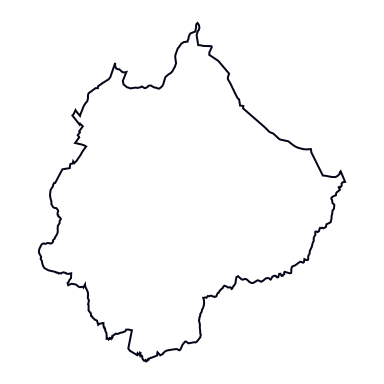 the district of Juchique de Ferrer, Veracruz, Mexico
{"feature_id": "50627088B55369972555828", "entity_name": "Juchique de Ferrer", "entity_type": "district", "adm_level": 2, "iso_a3": "MEX", "parent_name": "Mexico", "parent_adm1": "Veracruz", "projection": "equal_earth", "projection_center": [-96.665, 19.824], "detail": "fine", "context": "isolated", "style": "outline", "palette": "ink", "viewbox_px": 384, "rotation_deg": 0, "n_neighbors": 0, "source": "geoboundaries", "source_scale": "gbopen_adm2", "svg_char_len": 5891}
<svg xmlns="http://www.w3.org/2000/svg" viewBox="0 0 384 384"><path d="M345.1,181.9L340.7,171.3L339.8,172.4L339.5,174.2L337.4,176.0L335.4,177.1L331.3,176.9L325.7,175.8L322.8,175.5L311.4,152.5L310.9,149.1L306.1,149.4L303.1,149.1L297.9,147.7L295.3,146.5L293.0,145.0L288.3,141.3L280.5,139.6L279.3,139.1L273.4,133.6L269.5,132.0L264.7,127.2L243.1,108.4L243.3,106.0L240.1,105.6L239.1,99.4L237.8,98.4L235.8,94.8L230.6,83.9L227.9,79.1L227.9,77.1L229.1,73.6L218.3,60.9L209.3,54.9L209.4,52.3L211.8,47.1L211.4,46.2L202.9,45.9L200.9,45.3L198.2,45.1L196.6,35.0L197.9,31.0L198.8,30.0L199.4,27.8L199.0,25.4L198.4,24.2L197.5,23.0L196.4,24.1L196.0,25.9L196.1,27.3L195.3,31.5L190.5,33.4L189.4,35.1L188.8,36.7L188.4,39.1L187.4,41.2L187.5,41.6L183.8,42.1L181.3,43.7L178.6,47.6L177.8,48.3L175.5,54.6L175.2,56.5L175.5,59.5L176.1,63.1L174.8,67.1L174.1,68.0L172.9,70.5L171.2,72.7L168.5,74.4L165.6,76.9L165.1,77.9L163.4,83.8L162.5,85.8L161.0,87.3L159.4,88.5L158.1,88.5L154.9,87.4L154.2,87.5L150.8,85.5L148.4,85.8L147.5,87.0L145.7,88.0L144.6,88.1L141.8,86.5L140.8,87.2L137.5,87.9L135.5,87.6L130.7,88.4L126.9,87.2L123.6,84.5L122.8,80.9L126.4,72.0L124.5,72.4L122.5,72.2L119.3,69.3L117.7,69.2L116.1,68.4L115.1,65.9L115.2,62.9L110.3,77.2L108.5,79.4L103.0,82.8L98.0,86.3L97.9,88.1L95.6,88.1L88.7,93.2L88.1,94.6L87.9,96.6L88.0,98.2L87.3,101.1L84.9,104.1L83.1,107.3L82.5,109.3L80.5,114.1L80.0,115.9L75.8,110.8L75.5,110.2L73.7,114.0L72.4,115.5L79.6,124.7L80.1,123.7L82.8,126.3L79.2,131.3L80.0,132.3L77.7,135.1L78.9,136.7L78.8,137.0L79.2,137.4L75.1,143.0L81.7,144.5L84.2,145.4L86.2,146.5L83.4,150.2L81.5,153.2L80.9,154.5L76.5,160.9L74.3,163.1L73.2,161.4L72.8,163.5L70.5,163.9L70.0,165.7L69.8,168.1L62.4,169.3L55.2,182.9L54.3,182.8L53.3,184.3L52.8,186.6L51.2,188.9L50.5,190.4L50.0,195.1L50.4,198.0L51.4,201.5L51.4,204.2L53.0,207.0L54.4,207.9L56.3,208.1L57.4,209.4L58.2,210.9L58.2,211.6L57.7,212.4L57.5,213.7L57.6,214.8L58.3,215.2L58.3,216.4L59.6,217.2L60.8,218.6L60.7,219.5L60.0,220.3L59.6,221.4L59.6,223.1L57.9,225.7L57.6,228.7L57.8,230.9L57.6,232.6L57.2,233.8L55.8,236.4L55.1,237.1L54.7,238.6L53.4,239.8L53.0,240.4L53.1,241.2L52.9,242.0L51.5,243.4L49.9,243.5L49.1,243.1L47.5,243.0L45.6,243.9L44.1,243.5L42.3,243.8L41.2,245.1L39.5,248.6L38.9,251.1L39.1,253.1L40.4,255.4L41.2,257.2L40.6,258.8L41.8,260.8L42.4,264.0L43.6,267.0L44.6,268.2L48.4,270.3L55.7,272.0L56.3,272.7L56.9,272.5L57.9,272.8L58.7,273.5L59.2,273.1L61.2,273.4L62.8,272.4L64.0,272.4L64.7,272.8L65.8,272.9L66.5,273.7L67.2,273.8L68.6,273.9L71.2,273.3L71.0,278.1L69.7,279.6L68.5,282.1L67.6,282.9L68.2,285.2L70.8,284.0L71.9,283.8L73.6,284.1L75.8,284.5L79.0,286.9L80.1,287.2L80.6,287.0L83.0,286.8L83.4,287.5L85.0,284.5L85.1,285.9L85.9,288.0L87.3,290.8L87.9,292.5L88.1,295.0L87.8,297.4L87.9,298.2L88.9,300.2L88.4,303.6L88.0,304.2L88.6,305.2L88.6,310.5L90.8,313.4L91.2,316.2L91.9,316.3L93.0,318.0L94.2,318.9L94.6,319.6L95.2,319.7L97.0,320.7L98.2,324.8L99.3,323.8L103.4,323.0L103.5,325.9L104.4,327.4L104.0,327.6L104.9,329.3L105.1,329.2L105.4,331.0L106.5,333.3L106.7,337.8L106.6,338.9L107.0,338.9L107.5,337.5L107.6,338.2L108.4,338.7L108.7,339.5L109.1,339.2L109.7,338.2L110.6,338.8L110.6,338.1L111.7,338.4L111.9,337.6L112.3,338.5L112.4,337.1L113.0,335.6L115.7,333.7L116.3,333.9L118.1,333.8L120.3,332.8L122.8,332.3L125.5,331.1L126.0,329.7L128.1,329.5L131.9,330.3L128.3,348.4L129.8,350.7L137.1,355.1L137.5,353.6L137.8,354.1L138.7,354.6L139.2,354.0L139.8,352.6L140.5,353.0L140.1,353.6L139.9,353.2L139.5,353.8L140.4,354.6L140.1,355.0L140.4,356.1L141.2,355.3L142.2,356.2L142.3,357.7L142.6,359.0L144.1,360.8L145.3,360.8L145.6,360.1L146.5,360.8L146.7,360.4L147.2,360.3L147.0,361.0L147.2,360.9L147.8,359.5L148.2,359.0L148.8,359.5L149.4,358.5L150.4,357.9L151.1,357.9L157.2,355.5L157.2,353.6L157.5,352.3L160.3,355.3L162.8,354.0L163.2,353.0L164.1,352.5L164.9,351.5L167.3,350.4L174.7,349.2L176.4,349.1L177.2,349.1L178.6,350.1L179.2,350.3L180.4,349.6L182.6,344.6L185.0,341.7L185.8,341.5L188.5,343.3L194.5,342.2L195.5,342.4L196.7,341.8L200.2,337.4L200.8,334.9L200.2,333.1L200.2,331.0L199.8,327.6L199.9,324.4L198.9,320.1L199.5,318.7L199.4,317.3L200.2,316.1L200.2,314.2L201.6,311.9L202.1,309.6L203.1,307.8L203.9,304.9L204.1,303.2L204.0,300.6L203.2,297.8L205.7,297.5L206.4,297.8L207.9,296.0L209.1,296.3L210.5,295.7L211.9,295.9L212.8,296.5L214.1,296.6L214.4,297.0L216.4,296.3L216.7,295.3L217.7,293.1L218.5,292.5L218.8,292.6L219.5,291.0L220.4,290.2L220.9,289.4L222.7,288.1L222.9,287.3L224.3,285.7L227.2,286.8L227.9,287.5L230.4,287.3L231.2,288.0L231.6,289.0L231.9,288.9L233.5,286.0L234.5,285.0L234.5,284.8L235.5,283.2L235.8,280.3L236.5,277.1L238.0,276.2L241.8,279.5L243.2,279.6L244.9,278.9L245.8,279.0L246.8,279.5L249.7,282.1L251.6,283.0L253.4,282.9L257.3,280.4L258.7,280.5L261.2,281.8L261.9,281.2L262.5,281.1L263.4,280.5L265.0,279.0L266.2,278.3L267.6,278.0L269.1,278.4L270.6,279.6L271.0,279.2L272.1,277.1L273.0,276.3L274.2,275.8L275.8,275.9L276.5,277.0L277.5,277.4L278.2,277.2L279.2,273.9L280.3,273.7L280.9,274.5L281.3,275.6L281.8,276.0L282.8,275.7L283.0,274.9L284.2,274.2L284.1,273.0L284.4,272.0L284.6,271.8L289.7,273.3L291.1,273.0L291.3,272.2L291.3,268.9L292.1,266.6L295.4,265.2L300.0,261.8L301.3,261.9L302.7,262.6L303.3,262.6L304.0,261.9L304.4,259.1L306.1,260.0L307.4,260.1L307.9,259.8L308.2,259.1L308.2,257.0L308.4,255.5L309.5,254.0L309.9,250.8L311.8,246.8L312.9,242.2L313.7,241.2L313.7,238.4L313.9,237.4L315.4,234.6L315.2,232.0L315.4,231.7L316.0,231.5L317.8,232.0L318.2,231.7L319.0,231.1L319.6,228.6L320.1,227.9L321.2,228.2L322.0,227.7L323.4,228.3L325.9,227.0L326.5,224.2L329.1,223.1L330.7,222.1L331.5,218.5L331.6,216.1L332.3,213.2L332.5,210.5L333.3,209.9L334.0,208.3L334.3,205.0L333.9,204.2L332.5,203.1L332.0,199.8L331.5,199.2L331.3,198.1L331.9,197.3L333.6,196.1L335.9,195.3L336.1,193.5L336.6,192.5L339.9,189.8L339.6,188.7L339.0,188.1L338.7,187.3L339.4,186.8L340.4,187.0L341.0,186.7L341.7,185.6L341.6,183.6L342.6,182.3L345.1,181.9Z" fill="none" stroke="#020617" stroke-width="2"/></svg>